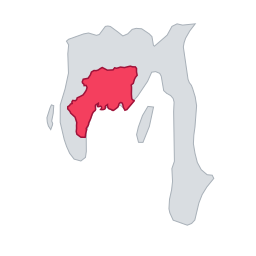 Haiti, with L'Artibonite highlighted, rotated 263°
{"feature_id": "HTI-1384", "entity_name": "L'Artibonite", "entity_type": "Department", "adm_level": 1, "iso_a3": "HTI", "parent_name": "Haiti", "parent_adm1": "", "projection": "orthographic", "projection_center": [-72.647, 19.338], "detail": "fine", "context": "in_parent", "style": "filled", "palette": "rose", "viewbox_px": 256, "rotation_deg": 263, "n_neighbors": 0, "source": "natural_earth", "source_scale": "10m", "svg_char_len": 3057}
<svg xmlns="http://www.w3.org/2000/svg" viewBox="0 0 256 256"><g transform="rotate(263 128 128)"><path d="M221.7,77.5L223.3,79.8L226.8,95.4L227.1,100.4L223.8,108.0L224.3,110.9L231.6,117.9L231.7,120.4L230.9,122.9L224.7,129.5L220.0,134.1L221.5,139.3L225.4,144.2L225.9,148.3L224.8,153.7L218.9,160.5L215.8,162.9L207.0,163.3L206.0,164.2L210.4,170.8L215.4,178.2L223.5,184.0L225.4,189.4L223.5,194.6L223.2,207.4L216.9,201.2L210.1,196.1L205.9,194.1L201.7,192.8L169.1,193.5L165.5,194.4L162.6,196.1L159.6,196.9L150.6,198.5L141.7,198.8L120.9,194.6L112.6,192.4L104.4,191.0L94.8,191.4L85.3,192.6L77.7,195.6L72.0,200.8L70.9,205.8L67.5,207.0L59.9,199.1L52.9,193.5L44.9,189.2L28.5,183.1L25.5,179.5L24.3,175.0L31.0,161.6L38.6,159.2L42.8,158.8L52.1,160.5L61.2,163.7L69.5,165.7L82.3,166.6L89.3,170.0L138.7,175.3L148.1,176.9L151.8,176.4L155.0,174.3L157.6,170.7L160.7,168.0L175.4,167.3L178.4,166.1L180.6,162.3L180.5,158.3L171.9,153.1L158.4,141.4L146.6,127.7L151.7,123.1L149.7,114.6L151.7,106.8L154.5,99.1L142.8,92.5L129.0,86.0L109.9,83.8L104.0,82.2L101.0,77.2L103.7,70.7L110.0,67.0L117.1,64.8L124.3,63.3L141.9,61.4L159.3,63.6L174.4,70.3L189.7,75.6L209.0,77.3L217.7,79.2L221.7,77.5ZM147.0,150.4L145.7,155.9L127.0,149.4L111.9,141.1L112.5,136.7L120.3,135.7L127.7,138.4L138.6,143.9L147.0,150.4ZM157.3,53.0L160.3,54.8L159.2,57.0L151.8,55.6L144.2,53.1L141.8,53.8L140.2,53.4L135.8,51.1L139.7,49.2L143.7,48.6L148.1,48.8L157.3,53.0Z" fill="#d9dde1" stroke="#a8b0b8" stroke-width="1"/><path d="M154.3,137.5L154.1,137.4L146.4,129.1L146.0,127.1L149.1,125.9L151.9,125.7L153.5,125.2L154.2,124.0L153.7,122.6L152.7,121.8L151.3,121.3L150.1,120.6L149.4,119.6L147.6,116.5L147.2,115.3L147.7,114.9L147.6,114.6L147.7,114.2L148.4,113.6L149.2,111.8L149.7,111.1L150.5,110.7L151.6,110.4L152.8,110.4L153.7,110.5L152.6,108.4L151.9,108.0L150.4,107.9L149.6,107.2L149.3,105.7L149.4,104.1L149.7,103.1L150.2,103.6L150.8,104.0L151.5,104.3L152.2,104.2L153.0,103.6L153.0,103.0L152.8,102.4L152.7,100.6L152.5,100.2L152.6,100.3L153.7,100.5L154.1,100.7L154.6,101.2L155.3,101.5L156.2,101.6L154.8,98.7L154.0,98.3L150.3,98.1L149.3,97.4L148.7,96.4L147.7,95.2L146.3,94.2L141.7,92.0L137.8,89.6L136.5,89.3L135.3,88.7L132.7,86.5L132.2,86.4L131.5,86.7L127.0,85.1L126.2,85.0L124.8,84.6L124.1,84.5L124.0,84.3L124.6,80.1L128.0,76.5L130.8,76.2L133.8,76.9L136.8,77.2L139.7,77.8L145.2,76.8L149.8,72.9L151.3,72.5L152.5,71.8L154.3,70.5L156.5,70.8L157.4,72.7L158.8,73.9L159.1,75.6L160.6,75.4L162.1,76.5L161.5,79.1L162.4,80.5L164.1,81.2L165.1,84.3L166.3,87.4L168.4,89.4L170.6,91.2L173.2,92.3L175.4,91.6L175.4,89.6L176.8,89.6L178.2,88.4L179.4,88.2L180.5,88.8L181.9,89.5L182.2,94.4L185.1,97.0L188.0,98.5L189.2,101.2L188.8,103.4L189.2,105.6L190.4,107.8L191.2,109.8L187.9,114.6L187.5,120.2L189.4,122.1L188.7,123.8L188.9,125.6L189.4,127.9L188.4,131.9L188.9,135.7L189.1,137.8L188.1,140.3L187.8,142.7L186.1,143.7L182.6,143.3L179.2,143.5L177.5,141.7L175.5,140.3L173.6,139.5L171.7,138.7L171.0,137.5L170.2,136.4L168.4,136.5L166.7,136.3L161.2,135.5L156.5,135.3L155.3,136.2L154.3,137.5Z" fill="#f43f5e" stroke="#9f1239" stroke-width="1.5"/></g></svg>